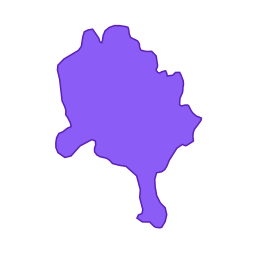 outline of Kano, rotated 352°
{"feature_id": "NGA-2869", "entity_name": "Kano", "entity_type": "State", "adm_level": 1, "iso_a3": "NGA", "parent_name": "Nigeria", "parent_adm1": "", "projection": "robinson", "projection_center": [8.618, 11.56], "detail": "fine", "context": "isolated", "style": "filled", "palette": "violet", "viewbox_px": 256, "rotation_deg": 352, "n_neighbors": 0, "source": "natural_earth", "source_scale": "10m", "svg_char_len": 1724}
<svg xmlns="http://www.w3.org/2000/svg" viewBox="0 0 256 256"><g transform="rotate(352 128 128)"><path d="M190.9,150.1L184.1,153.2L182.5,153.6L180.9,152.7L179.6,151.8L173.6,154.8L164.5,165.5L161.0,171.4L158.6,174.3L155.4,176.0L150.0,176.3L147.3,182.8L146.7,190.4L147.0,198.9L149.6,206.7L153.7,212.2L154.3,219.2L151.8,225.8L147.7,230.9L145.8,231.3L142.1,230.3L140.3,229.3L136.4,224.1L129.2,223.0L124.3,218.5L126.2,215.6L130.0,214.6L131.3,210.8L129.9,198.6L131.6,190.8L129.9,176.6L120.7,165.7L113.9,163.6L107.7,161.0L105.5,157.6L102.6,155.0L96.3,152.5L93.4,150.3L91.6,147.0L92.0,143.4L93.7,140.1L93.8,136.2L90.6,134.5L78.1,139.0L67.6,147.8L61.4,148.4L55.2,142.6L53.9,137.4L54.5,132.5L56.0,127.6L58.8,123.8L62.9,122.7L67.9,119.8L71.9,118.7L71.6,114.7L69.4,108.4L68.5,107.1L68.2,105.5L68.7,103.6L68.9,101.7L68.4,98.4L66.5,91.9L67.1,70.6L66.2,60.7L67.3,56.1L74.1,50.8L89.8,44.2L93.1,40.8L96.1,31.0L98.2,26.6L102.3,25.3L106.7,25.2L111.2,34.2L111.8,35.9L111.8,37.4L112.2,38.8L113.8,39.9L114.8,37.9L116.3,32.9L119.0,28.4L123.5,25.8L128.8,24.7L134.1,25.5L139.9,27.3L142.0,28.3L142.4,30.9L142.3,34.8L143.1,38.5L145.2,40.2L147.6,41.6L149.8,43.4L150.9,46.2L150.8,49.7L151.6,52.8L156.6,54.7L162.2,55.4L165.9,60.6L166.0,70.0L165.6,71.7L164.6,73.1L163.9,74.7L165.1,76.9L166.0,77.6L166.9,78.0L169.0,77.1L172.7,76.5L173.4,76.9L174.0,79.4L174.1,81.9L179.6,82.0L182.8,79.6L186.9,80.1L187.9,83.0L189.3,89.1L189.0,92.6L188.0,95.7L187.6,98.2L186.8,100.6L183.6,105.9L182.3,112.1L183.8,113.6L187.6,113.2L190.1,113.5L191.1,114.3L193.1,120.1L194.4,122.3L196.9,125.3L198.9,126.7L200.1,127.1L202.1,128.5L201.3,130.7L193.4,138.8L192.0,141.6L191.2,144.7L191.0,146.1L191.1,148.8L190.9,150.1Z" fill="#8b5cf6" stroke="#5b21b6" stroke-width="1.5"/></g></svg>